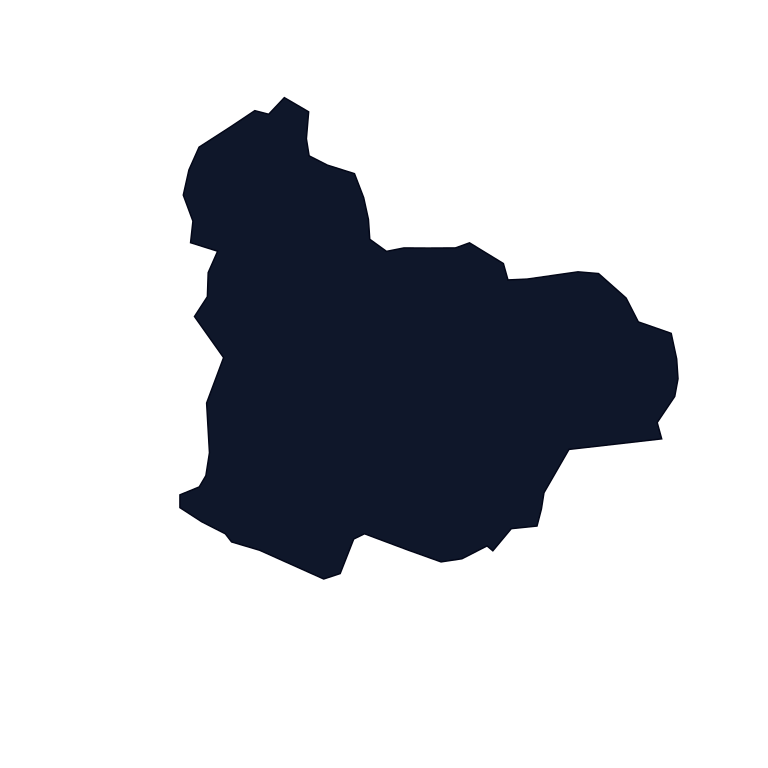 Bulqizë, Dibër, Albania (Robinson projection), rotated 207°
{"feature_id": "67620474B60153855067708", "entity_name": "Bulqizë", "entity_type": "district", "adm_level": 2, "iso_a3": "ALB", "parent_name": "Albania", "parent_adm1": "Dibër", "projection": "robinson", "projection_center": [20.355, 41.469], "detail": "fine", "context": "isolated", "style": "filled", "palette": "ink", "viewbox_px": 768, "rotation_deg": 207, "n_neighbors": 0, "source": "geoboundaries", "source_scale": "gbopen_adm2", "svg_char_len": 951}
<svg xmlns="http://www.w3.org/2000/svg" viewBox="0 0 768 768"><g transform="rotate(207 384 384)"><path d="M119.3,504.9L124.4,522.1L134.6,539.2L151.1,559.5L185.6,554.8L207.3,570.5L243.0,579.8L262.1,572.0L304.2,542.4L320.8,533.0L332.3,545.5L371.9,548.6L382.1,537.7L406.3,525.2L428.0,514.3L442.0,503.3L462.4,506.5L472.6,523.6L486.7,540.8L505.8,558.0L533.9,553.3L554.3,553.3L564.5,567.3L574.7,592.3L602.8,593.9L609.2,572.0L623.2,568.9L637.2,543.9L656.3,511.1L655.0,486.2L648.6,461.2L628.2,442.4L620.5,422.1L592.5,426.8L591.2,403.4L581.0,381.6L583.5,358.1L538.9,334.7L533.4,286.5L508.3,243.5L501.1,221.5L501.9,208.4L515.5,192.6L509.7,181.2L483.9,178.5L457.4,178.5L448.1,174.1L419.4,179.4L349.2,182.9L337.0,195.2L340.6,232.1L333.4,241.7L286.8,247.0L252.4,251.4L235.2,263.7L218.7,286.5L211.3,284.8L204.9,312.9L183.2,326.9L187.0,344.1L192.1,359.7L189.5,409.7L111.7,461.2L123.1,473.7L119.3,504.9Z" fill="#0f172a" stroke="#020617" stroke-width="1.5"/></g></svg>